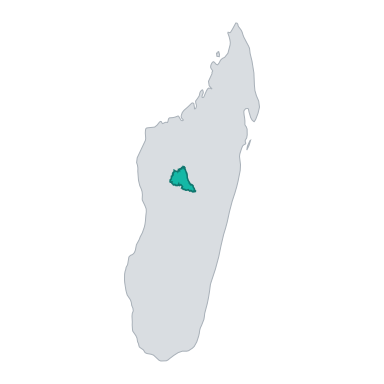 Fenoarivobe, Bongolava, Madagascar shown in context
{"feature_id": "10022922B23923498940873", "entity_name": "Fenoarivobe", "entity_type": "district", "adm_level": 2, "iso_a3": "MDG", "parent_name": "Madagascar", "parent_adm1": "Bongolava", "projection": "equal_earth", "projection_center": [46.41, -18.242], "detail": "fine", "context": "in_parent", "style": "filled", "palette": "teal", "viewbox_px": 384, "rotation_deg": 0, "n_neighbors": 0, "source": "geoboundaries", "source_scale": "gbopen_adm2", "svg_char_len": 7656}
<svg xmlns="http://www.w3.org/2000/svg" viewBox="0 0 384 384"><path d="M242.1,32.0L242.9,34.7L243.9,37.3L247.1,43.4L248.4,45.8L249.5,48.3L250.1,53.4L252.0,61.2L253.9,73.0L254.4,85.0L254.9,90.5L256.4,95.7L258.7,101.1L259.5,107.1L258.0,113.3L255.8,119.1L255.2,120.2L254.2,121.7L253.8,121.6L252.1,120.1L250.7,117.6L249.0,111.9L248.4,108.9L247.6,108.5L245.6,108.7L244.1,110.5L243.8,111.7L244.1,115.0L244.6,117.9L244.9,120.9L244.9,124.6L245.4,125.7L246.2,126.7L247.1,129.1L247.2,134.9L246.7,137.9L245.2,140.4L245.3,141.8L245.8,143.2L245.3,144.1L243.3,145.2L242.5,146.2L241.5,148.7L239.8,154.0L239.5,156.6L240.5,164.8L240.2,170.5L238.0,181.5L236.7,186.8L234.9,193.0L232.2,201.2L229.5,211.5L227.2,222.1L225.5,228.4L223.6,234.6L221.0,245.7L218.7,256.9L215.4,269.1L210.9,282.8L210.4,284.6L209.5,291.5L208.5,297.6L207.3,303.5L204.7,313.4L204.4,316.4L203.9,319.4L201.5,325.5L200.4,327.8L199.7,330.3L199.3,333.3L198.6,336.3L196.8,341.8L194.2,346.5L192.4,348.2L188.6,350.7L186.7,351.2L182.3,351.2L178.2,352.6L173.8,355.4L169.7,358.5L168.1,359.9L166.3,360.8L160.8,361.0L159.1,360.3L153.6,355.2L151.4,354.3L147.4,353.6L146.1,353.2L145.0,352.5L143.4,349.9L140.1,347.6L139.3,346.9L138.8,345.3L138.5,343.7L137.6,341.8L137.0,338.2L135.9,335.7L132.8,331.2L132.5,329.8L132.2,325.1L132.3,321.9L132.0,316.1L132.3,313.3L133.3,310.9L132.9,308.2L131.7,305.3L131.3,302.4L130.4,299.8L127.2,295.0L126.5,292.6L125.9,290.2L124.7,282.5L124.5,279.9L124.6,274.2L125.1,271.3L125.8,269.3L126.0,267.8L126.5,266.5L127.2,265.5L127.7,264.2L128.9,257.0L130.4,255.4L132.6,254.5L134.4,252.6L135.4,250.1L136.4,244.8L139.2,239.6L140.2,236.9L142.4,232.7L144.4,226.9L145.0,224.1L145.4,221.3L145.9,215.1L146.3,212.0L146.2,208.9L145.0,205.8L142.3,200.1L142.2,199.0L142.4,194.8L142.1,191.7L141.1,188.6L139.8,185.7L138.5,180.3L137.8,171.4L137.9,168.2L137.5,165.3L136.6,162.6L137.2,157.8L145.4,140.4L145.7,138.4L145.3,133.0L145.5,130.0L145.8,128.8L146.4,128.1L147.8,127.8L154.6,127.1L155.4,126.5L157.1,125.1L159.4,122.2L160.4,121.4L161.4,121.7L161.9,122.9L162.7,123.6L165.4,122.3L166.4,122.3L167.5,122.5L168.0,121.3L168.3,119.7L168.7,118.6L169.4,117.9L172.9,117.6L175.1,117.1L178.0,116.0L178.6,116.2L181.0,120.2L181.7,120.6L182.6,120.7L183.4,120.0L181.5,117.9L181.2,116.8L181.3,115.4L182.3,112.5L184.0,110.3L187.8,107.0L191.7,103.2L192.8,102.9L193.8,103.5L194.5,108.0L194.4,108.8L195.0,108.9L195.8,108.3L196.4,106.5L196.4,105.0L195.9,103.5L195.7,102.3L195.6,101.1L197.6,98.4L199.2,95.9L199.9,92.8L200.5,91.4L202.2,89.8L202.7,90.1L203.1,91.4L203.3,92.7L202.8,94.1L202.2,95.4L202.0,97.2L202.9,97.6L203.8,97.1L205.1,93.9L206.5,90.8L207.4,89.2L208.5,88.1L210.3,88.3L212.1,89.0L209.2,85.8L208.5,81.3L212.0,73.7L212.0,72.1L212.5,71.6L212.7,70.9L211.0,68.3L210.6,67.1L210.9,65.1L211.7,63.4L212.5,62.2L213.6,61.7L214.5,62.4L216.4,64.5L217.7,64.8L219.2,62.8L220.5,60.2L222.4,58.4L224.6,57.4L227.9,53.3L230.1,44.9L230.3,42.4L229.8,39.4L229.1,36.6L227.8,33.0L228.1,32.2L229.9,32.7L230.6,32.2L232.5,29.1L235.8,23.0L236.9,23.1L237.8,24.2L238.1,25.8L238.8,27.0L241.0,29.9L242.1,32.0ZM219.3,55.8L219.3,56.7L216.9,56.3L216.5,53.1L217.7,53.0L218.0,51.7L218.7,51.6L219.5,54.4L219.3,55.8ZM249.0,145.5L246.8,150.1L247.4,146.2L249.9,140.7L250.6,140.2L249.0,145.5Z" fill="#d9dde1" stroke="#a8b0b8" stroke-width="1"/><path d="M184.6,167.3L184.4,167.0L184.2,167.2L184.0,166.8L183.9,166.7L183.7,166.6L183.5,167.1L183.3,167.1L183.2,167.3L183.0,167.1L183.0,167.3L182.9,167.2L182.8,167.3L182.6,167.2L182.5,167.3L182.4,167.6L182.2,167.8L182.0,168.2L181.8,168.2L181.7,168.1L181.7,168.3L181.7,168.7L181.7,168.8L181.2,168.9L181.1,168.7L180.9,168.7L180.7,168.6L180.6,168.8L180.4,168.8L180.4,169.1L180.1,169.1L180.1,169.4L179.9,169.6L179.8,169.4L179.5,169.6L179.5,170.0L179.3,169.7L179.2,169.7L179.1,169.2L178.9,169.3L178.9,169.6L178.6,169.7L178.5,169.8L178.5,170.1L178.4,170.0L178.3,170.9L177.9,171.7L177.8,171.4L177.5,171.3L177.1,171.2L176.8,171.4L175.7,171.3L175.4,171.2L174.9,170.6L174.1,170.2L174.1,170.3L174.2,170.6L174.1,171.0L174.1,171.3L173.9,171.6L173.8,171.9L173.9,172.0L173.8,172.4L173.7,172.5L173.6,172.4L173.5,172.5L173.3,172.8L173.2,173.0L173.0,172.9L173.0,173.0L173.1,173.4L173.0,173.5L172.9,173.7L173.0,173.9L172.8,173.9L172.8,174.0L172.7,174.0L172.8,174.3L172.8,174.5L172.5,174.8L172.5,175.0L172.7,175.3L172.2,175.4L172.1,175.8L172.2,176.0L171.9,176.3L171.9,176.2L171.8,176.4L171.7,176.4L171.8,176.6L171.7,176.7L171.4,176.6L171.4,176.8L171.6,176.8L171.7,177.0L171.5,177.4L171.4,177.4L171.4,177.5L171.3,178.1L171.2,178.4L171.3,178.6L171.3,178.9L171.2,179.0L171.0,179.3L171.0,179.2L170.9,179.2L170.8,179.3L170.7,179.6L170.4,179.7L170.1,180.0L170.4,180.3L170.1,181.1L170.1,181.6L170.0,181.8L170.1,182.0L170.3,182.2L170.5,182.1L170.9,182.2L171.1,182.1L171.3,181.9L171.5,181.9L171.4,182.0L171.6,182.2L171.8,182.3L172.0,182.8L171.9,183.0L171.9,183.3L172.0,183.5L172.3,183.6L172.6,183.8L172.9,184.1L173.0,184.4L173.2,184.7L173.5,184.7L173.6,184.8L173.8,185.0L174.1,184.8L174.3,184.9L174.5,184.9L174.9,185.0L175.1,185.0L175.4,185.2L175.4,184.9L175.6,185.1L175.9,185.1L176.1,185.3L176.3,185.3L176.3,185.5L176.6,185.5L176.8,185.5L176.9,185.4L177.1,185.4L177.4,185.4L177.6,185.5L177.9,185.1L178.1,184.9L178.4,184.6L178.5,184.2L178.7,183.8L178.8,184.3L178.7,185.0L178.9,185.4L179.1,185.4L179.3,185.6L179.6,185.6L179.8,185.4L179.9,185.2L180.0,185.1L180.3,184.6L180.5,184.6L180.5,184.9L180.8,185.0L181.3,185.0L181.4,185.4L181.6,185.6L181.8,185.7L181.9,185.9L182.1,186.1L182.3,186.2L182.4,186.5L182.5,186.6L182.4,186.7L182.3,186.8L182.1,187.1L181.9,187.4L181.8,187.5L181.8,187.8L181.7,188.0L181.8,188.0L181.8,187.9L181.8,187.7L182.0,187.7L182.1,188.0L182.3,188.0L182.3,188.3L182.3,188.5L182.5,188.5L182.9,188.8L183.1,188.9L183.2,189.0L183.2,189.3L183.4,189.3L183.8,189.4L184.0,189.4L184.1,189.5L184.3,189.4L184.5,189.3L184.8,189.4L184.9,189.5L185.2,189.6L185.3,189.7L185.3,189.9L185.3,190.0L185.7,190.2L186.0,190.2L186.3,190.1L186.6,190.1L186.8,190.2L187.7,189.8L187.8,189.8L188.1,189.7L188.2,189.9L188.5,189.8L188.9,190.4L189.3,190.6L189.5,190.9L189.7,191.1L189.9,191.1L190.0,191.0L190.3,191.0L190.4,190.8L190.6,190.7L190.9,190.8L191.0,190.5L191.3,190.6L191.5,190.6L191.6,190.8L191.8,191.0L192.0,191.5L192.3,191.7L192.4,191.4L192.5,191.4L192.8,191.5L193.3,191.6L193.5,191.8L193.7,191.6L193.8,191.5L193.9,191.4L194.1,191.5L194.1,191.3L194.3,191.5L194.8,191.5L194.8,191.4L195.2,191.5L195.4,191.5L195.5,190.9L195.3,190.8L195.1,190.6L194.9,190.5L194.8,190.3L194.7,190.3L194.6,189.9L194.5,189.3L194.4,189.2L194.3,188.7L194.2,188.4L194.0,188.1L193.9,188.1L193.5,187.7L193.4,187.4L193.3,187.0L193.1,186.6L193.1,186.2L193.1,185.8L193.0,185.6L192.9,185.6L192.7,185.6L192.4,185.0L192.2,184.9L192.2,185.0L191.8,185.0L191.6,184.6L191.4,184.7L191.2,184.5L190.9,184.6L190.6,184.3L190.5,184.2L190.5,184.5L190.4,184.6L190.1,184.1L190.1,183.9L190.1,183.7L189.9,183.3L189.7,183.3L189.5,183.1L189.4,183.1L189.2,183.0L189.2,182.9L189.2,182.6L189.3,182.4L189.2,182.3L189.1,182.0L189.0,181.7L188.9,181.5L188.7,181.4L188.6,181.1L188.4,180.8L188.2,180.4L188.1,180.2L188.0,179.9L187.9,179.9L187.9,179.7L187.9,179.4L187.8,179.1L187.7,178.9L187.4,178.3L187.3,177.8L187.3,177.3L187.2,177.1L187.2,176.9L187.2,176.4L187.2,176.2L187.2,175.7L187.1,175.3L187.0,175.2L187.1,174.5L187.0,174.4L187.0,174.2L186.9,174.2L186.8,173.7L186.6,173.6L186.7,173.3L186.5,173.0L186.5,172.9L186.4,172.8L186.5,172.5L186.4,172.4L186.3,172.2L186.2,172.1L186.0,171.8L186.0,171.6L185.8,171.2L185.6,170.7L185.4,170.1L185.4,169.9L185.4,169.7L185.2,169.4L185.1,169.1L184.9,169.0L184.9,168.9L184.7,168.9L184.7,168.7L184.4,168.6L184.5,168.4L184.4,168.1L184.5,167.9L184.4,167.9L184.4,167.7L184.5,167.7L184.8,167.6L184.7,167.4L184.6,167.3Z" fill="#14b8a6" stroke="#0f766e" stroke-width="1.5"/></svg>